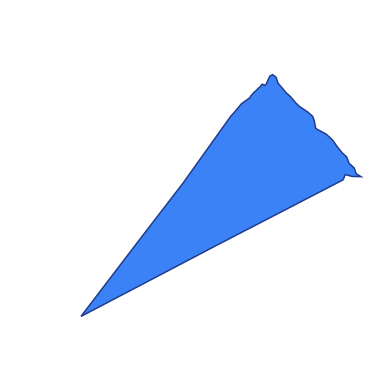 Al Burgaig, Northern, Sudan (Albers equal-area conic projection), rotated 152°
{"feature_id": "16777658B75799368386758", "entity_name": "Al Burgaig", "entity_type": "district", "adm_level": 2, "iso_a3": "SDN", "parent_name": "Sudan", "parent_adm1": "Northern", "projection": "albers", "projection_center": [30.508, 19.556], "detail": "fine", "context": "isolated", "style": "filled", "palette": "blue", "viewbox_px": 384, "rotation_deg": 152, "n_neighbors": 0, "source": "geoboundaries", "source_scale": "gbopen_adm2", "svg_char_len": 708}
<svg xmlns="http://www.w3.org/2000/svg" viewBox="0 0 384 384"><g transform="rotate(152 192 192)"><path d="M348.4,134.3L334.2,134.2L197.0,133.4L52.9,131.8L48.5,135.4L43.2,130.5L35.6,126.2L38.4,131.0L38.1,133.5L37.5,136.9L39.8,143.8L39.0,150.2L41.0,156.1L42.4,163.1L43.6,172.3L46.4,180.1L52.9,189.9L50.5,197.9L50.0,202.3L52.3,208.3L57.1,217.3L58.8,222.9L59.2,225.0L60.3,230.1L62.2,235.1L63.2,239.8L64.9,247.7L63.9,253.8L65.7,257.8L68.7,257.8L72.1,255.4L75.9,252.4L77.8,251.9L78.7,253.6L80.0,254.2L82.4,252.8L84.8,252.5L87.1,251.6L90.8,250.8L94.7,249.3L96.6,248.1L99.3,247.7L106.9,246.7L116.9,242.6L122.2,240.7L196.3,203.8L255.8,176.8L348.4,134.3Z" fill="#3b82f6" stroke="#1e3a8a" stroke-width="1.5"/></g></svg>